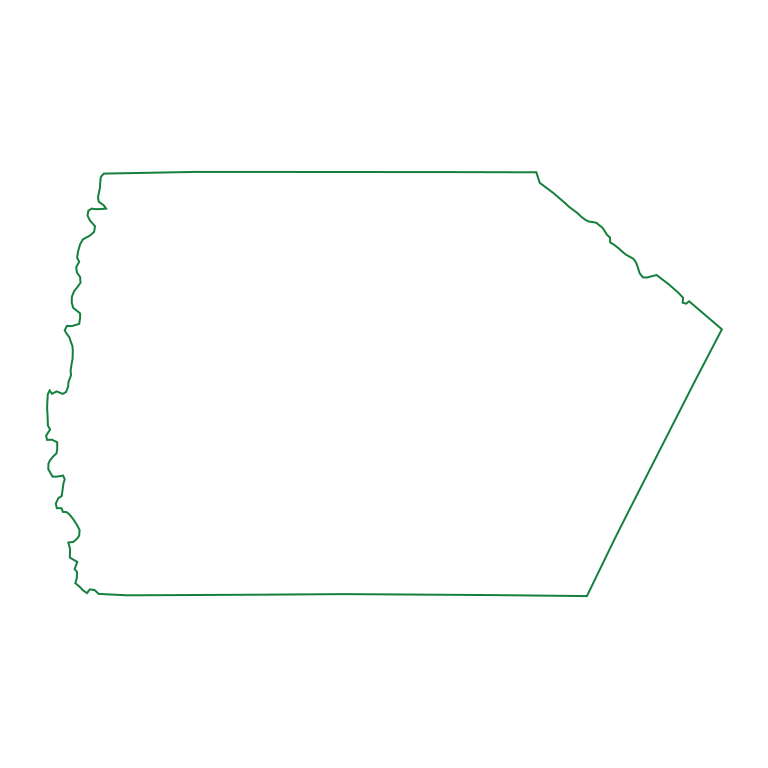 Cacaulândia, Rondônia, Brazil
{"feature_id": "56859067B49219352113173", "entity_name": "Cacaulândia", "entity_type": "district", "adm_level": 2, "iso_a3": "BRA", "parent_name": "Brazil", "parent_adm1": "Rondônia", "projection": "robinson", "projection_center": [-63.097, -10.33], "detail": "fine", "context": "isolated", "style": "outline", "palette": "green", "viewbox_px": 768, "rotation_deg": 0, "n_neighbors": 0, "source": "geoboundaries", "source_scale": "gbopen_adm2", "svg_char_len": 1868}
<svg xmlns="http://www.w3.org/2000/svg" viewBox="0 0 768 768"><path d="M103.8,173.6L100.9,176.8L100.2,182.9L100.0,187.6L98.0,197.2L98.7,201.7L103.8,205.4L106.1,208.6L100.3,209.1L94.9,209.1L91.6,208.6L88.4,210.7L87.5,215.6L90.0,220.6L95.0,226.2L94.1,231.9L90.0,235.5L82.9,239.4L80.1,244.3L78.1,251.3L77.1,257.6L79.2,261.7L76.2,267.3L76.9,272.5L80.1,277.0L80.5,282.8L77.3,287.2L74.1,291.2L71.9,296.6L71.7,302.5L73.2,307.8L80.1,313.4L80.1,318.0L79.2,323.9L71.7,326.1L66.9,325.9L64.7,330.4L66.8,334.0L69.3,337.1L70.6,341.2L72.4,345.9L72.8,350.1L72.6,358.5L71.4,365.2L70.6,370.4L71.0,375.3L68.5,382.0L68.1,386.7L66.0,392.0L62.8,393.9L56.6,391.4L52.0,393.8L49.6,390.5L47.8,394.3L47.2,404.7L47.1,408.6L47.5,414.4L47.9,425.6L50.1,429.5L46.1,435.7L47.1,439.9L51.9,439.7L57.2,442.2L57.2,449.3L56.5,453.4L53.6,456.0L50.0,460.3L48.4,463.8L48.3,469.3L52.6,476.7L56.3,476.7L63.1,475.6L64.7,479.3L63.5,483.2L61.7,496.0L58.3,498.2L55.8,503.6L56.8,508.2L61.5,508.2L62.9,511.9L66.5,512.1L69.4,514.4L73.3,519.3L77.0,525.0L79.6,530.2L79.1,535.8L76.8,538.9L73.3,541.9L68.3,542.5L70.1,549.0L69.8,557.6L77.3,561.9L74.6,569.0L77.0,572.0L76.8,578.1L75.3,583.1L80.1,587.2L83.0,590.4L87.0,593.1L89.8,589.4L94.6,590.0L98.6,593.9L126.8,595.3L155.8,595.2L258.4,594.7L344.7,594.1L463.8,594.9L494.2,595.1L586.9,596.1L615.4,537.4L628.3,511.9L695.9,379.2L721.9,329.3L689.1,301.3L686.1,303.7L682.7,302.7L683.1,297.8L678.4,292.8L668.5,284.1L663.7,280.5L656.5,275.0L647.0,277.5L642.9,277.4L639.7,273.3L637.6,266.8L636.1,262.6L633.4,258.8L625.7,254.5L622.0,251.4L618.0,247.8L613.7,244.5L610.2,242.5L610.0,237.5L607.0,234.8L604.7,231.1L602.4,227.6L599.6,225.5L596.4,222.8L592.4,222.0L588.7,221.5L585.5,219.9L581.3,216.8L577.5,213.1L569.0,206.8L565.1,203.1L553.3,193.0L547.7,188.8L539.7,182.8L536.3,172.3L458.6,172.1L344.9,172.0L195.9,171.9L103.8,173.6Z" fill="none" stroke="#15803d" stroke-width="2"/></svg>